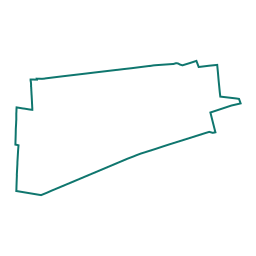 Rusanesti, Olt, Romania
{"feature_id": "2599482B48981848696155", "entity_name": "Rusanesti", "entity_type": "district", "adm_level": 2, "iso_a3": "ROU", "parent_name": "Romania", "parent_adm1": "Olt", "projection": "natural_earth1", "projection_center": [24.553, 43.927], "detail": "fine", "context": "isolated", "style": "outline", "palette": "teal", "viewbox_px": 256, "rotation_deg": 0, "n_neighbors": 0, "source": "geoboundaries", "source_scale": "gbopen_adm2", "svg_char_len": 1649}
<svg xmlns="http://www.w3.org/2000/svg" viewBox="0 0 256 256"><path d="M41.1,195.1L41.6,194.9L47.0,192.7L51.7,190.6L75.1,180.8L127.5,158.7L133.6,156.4L136.2,155.3L139.4,154.1L140.2,153.8L140.4,153.7L155.0,149.1L162.2,146.7L163.1,146.4L169.3,144.4L204.9,133.2L205.5,133.0L209.2,131.9L209.4,131.9L209.6,132.0L210.1,132.1L211.9,132.6L212.5,132.8L213.0,132.8L213.8,132.6L214.7,132.5L215.0,132.4L215.4,132.3L212.8,122.1L210.4,112.5L231.5,105.5L235.5,104.6L238.6,103.9L240.6,103.4L240.1,101.9L239.0,98.9L236.5,98.5L234.9,98.3L220.3,96.6L219.8,92.4L218.6,80.3L217.9,72.2L217.2,64.9L209.3,65.7L198.7,67.0L196.4,60.9L189.7,63.1L182.5,65.3L180.1,64.6L178.1,63.5L177.1,63.3L176.0,63.2L174.7,63.6L173.4,64.0L172.9,64.0L158.5,65.0L155.6,65.2L153.4,65.4L149.9,66.0L149.8,65.9L141.8,66.9L131.6,68.2L123.5,69.1L117.0,69.9L116.7,69.9L93.8,72.6L86.4,73.5L61.7,76.4L45.4,78.4L44.6,78.6L42.2,78.8L36.8,78.7L37.0,79.4L37.0,79.6L35.4,79.6L32.0,79.5L30.6,79.5L30.6,80.6L30.6,80.8L30.7,81.2L30.8,81.5L30.9,82.3L31.0,83.1L31.0,83.6L31.1,85.0L31.1,85.5L31.0,86.1L31.2,87.2L31.2,87.9L31.2,88.4L31.3,88.9L31.3,89.3L31.3,90.3L31.4,91.2L31.4,92.1L31.5,92.9L31.5,93.1L31.5,93.5L31.5,94.0L31.5,94.3L31.6,94.8L31.6,95.0L32.0,102.5L32.0,103.2L32.1,104.4L32.2,106.9L32.3,108.1L32.3,109.8L31.2,109.7L29.0,109.4L26.1,108.9L24.3,108.6L24.1,108.6L22.5,108.4L19.6,107.9L16.6,107.4L16.5,108.9L16.4,112.0L16.3,113.3L16.3,119.9L16.2,121.1L16.1,123.7L15.8,129.0L15.7,134.4L15.4,144.6L16.9,144.9L18.5,145.3L18.1,150.4L17.4,162.4L17.4,163.6L17.4,163.8L16.8,175.2L16.9,175.5L16.8,177.4L16.5,185.8L16.4,189.7L16.3,191.0L38.5,194.7L41.1,195.1Z" fill="none" stroke="#0f766e" stroke-width="2"/></svg>